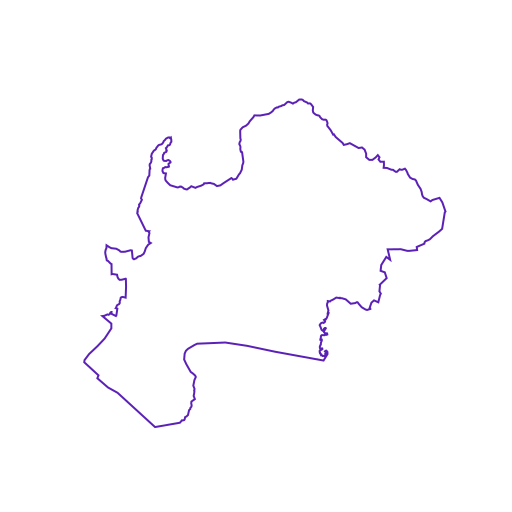 Epatlán, Puebla, Mexico (Albers equal-area conic projection), rotated 254°
{"feature_id": "50627088B13009313759140", "entity_name": "Epatlán", "entity_type": "district", "adm_level": 2, "iso_a3": "MEX", "parent_name": "Mexico", "parent_adm1": "Puebla", "projection": "albers", "projection_center": [-98.367, 18.615], "detail": "fine", "context": "isolated", "style": "outline", "palette": "violet", "viewbox_px": 512, "rotation_deg": 254, "n_neighbors": 0, "source": "geoboundaries", "source_scale": "gbopen_adm2", "svg_char_len": 6150}
<svg xmlns="http://www.w3.org/2000/svg" viewBox="0 0 512 512"><g transform="rotate(254 256 256)"><path d="M393.1,317.0L392.7,315.0L391.9,313.4L390.9,312.3L389.9,310.2L389.1,307.4L389.9,298.7L391.6,293.2L390.2,291.8L387.2,287.1L385.4,285.2L384.0,282.3L383.4,278.7L381.7,275.9L380.7,275.3L373.5,273.4L372.1,273.4L371.0,272.9L369.9,271.7L368.2,270.8L365.9,271.2L364.7,271.0L363.2,270.4L360.9,270.2L360.1,270.4L360.0,271.0L359.5,271.2L350.3,269.9L349.0,269.4L347.0,267.9L342.9,266.1L339.9,263.4L339.2,262.2L335.7,258.4L335.7,254.9L336.7,254.6L337.7,253.8L335.1,245.2L333.7,241.2L334.0,237.7L336.9,235.4L338.2,233.0L338.9,232.2L338.9,231.5L339.2,230.9L339.4,229.0L340.1,226.6L340.1,226.1L339.7,226.0L339.2,225.0L338.7,222.5L338.6,218.4L338.2,216.6L340.9,213.0L339.9,211.0L339.6,209.5L339.0,208.5L339.2,207.4L340.6,205.3L341.7,204.7L343.5,203.0L343.4,202.3L343.7,202.0L343.4,200.5L343.6,199.3L347.7,193.0L350.7,191.3L353.4,190.0L354.5,189.9L356.1,190.2L360.2,192.2L361.2,189.9L363.2,189.5L364.4,189.8L366.0,190.7L366.1,192.2L366.5,193.3L366.0,194.2L365.8,196.8L366.2,197.1L367.6,197.0L368.8,197.4L369.5,199.6L369.9,199.8L371.2,199.4L372.4,198.2L372.4,196.8L372.1,195.9L372.8,193.9L373.2,193.5L374.5,193.2L375.4,193.2L378.7,194.4L379.6,195.6L380.5,196.2L380.8,198.4L381.3,198.9L382.1,199.3L382.5,198.9L383.6,199.3L384.5,199.1L385.3,200.5L386.6,201.8L386.4,203.4L386.9,204.1L388.4,205.1L389.1,206.1L391.0,206.6L393.4,206.8L393.0,205.8L394.0,205.2L394.1,203.9L393.6,201.8L392.6,200.5L391.9,199.0L390.7,198.1L389.6,196.5L389.4,195.5L389.5,193.4L389.2,192.5L387.4,190.0L386.5,189.4L386.0,188.7L385.4,186.8L383.0,184.0L380.3,182.5L379.4,182.9L378.9,182.8L377.7,182.4L377.5,182.0L375.8,181.5L374.6,180.6L373.7,179.3L373.0,178.9L372.2,178.7L369.1,178.4L369.0,178.0L368.0,177.4L362.7,175.6L361.5,173.9L344.2,162.0L343.1,161.4L341.5,161.8L338.6,159.2L337.7,157.8L337.3,157.6L336.4,157.7L335.4,157.0L334.6,156.0L332.5,154.7L331.7,154.7L331.4,154.3L330.8,154.3L330.0,153.6L310.7,157.0L309.3,160.0L309.0,159.4L307.4,159.9L303.6,157.8L299.1,156.9L297.5,158.4L296.6,155.5L294.0,152.3L290.9,150.2L289.0,148.5L287.8,145.0L288.0,144.2L287.8,142.1L286.8,140.3L286.5,137.8L287.6,136.9L288.4,136.9L295.5,138.2L296.1,137.0L296.2,131.2L297.2,127.6L297.6,126.9L299.1,126.1L301.5,123.7L303.4,119.1L304.9,117.5L307.5,115.3L304.8,114.4L303.4,113.2L301.2,112.1L299.6,111.8L295.5,111.5L295.0,111.7L293.4,111.3L292.6,111.6L292.2,112.3L288.9,114.1L288.1,114.9L278.3,112.2L278.3,113.0L276.3,117.3L274.4,117.1L273.3,117.2L272.1,117.5L270.7,118.3L270.2,120.4L270.1,124.5L269.9,124.6L262.2,122.6L251.9,119.2L253.4,116.6L253.5,115.3L253.2,114.5L251.1,113.4L250.1,112.5L248.4,112.1L247.6,111.3L247.0,109.0L246.2,108.2L245.0,107.4L244.5,106.8L243.6,108.2L237.4,105.4L236.9,104.8L240.3,101.1L242.0,101.7L242.1,101.4L241.7,100.4L240.6,99.6L240.1,98.2L240.8,97.0L240.3,93.7L240.6,91.8L230.9,98.3L226.3,97.0L218.4,87.8L213.1,78.9L207.8,68.6L203.2,62.5L201.2,61.6L184.7,71.7L182.2,69.8L170.4,77.5L162.7,85.2L119.4,111.8L116.7,136.9L118.5,139.6L118.1,140.3L118.1,141.8L118.8,142.5L120.6,143.4L120.9,144.9L121.9,146.8L126.3,149.2L127.0,150.6L127.9,150.9L129.0,152.4L130.3,153.0L132.1,153.1L133.9,153.8L135.3,157.8L138.7,157.5L141.0,158.7L143.2,159.6L143.6,159.4L145.2,160.3L148.6,160.0L153.7,162.6L156.3,164.8L157.8,164.6L160.7,162.8L162.5,161.3L171.2,159.2L176.3,158.4L181.8,160.5L184.2,162.5L185.5,165.0L187.4,172.3L187.9,175.3L181.3,202.6L172.1,222.7L158.7,248.0L136.9,292.1L142.0,297.7L144.1,298.2L145.6,297.6L145.7,296.6L145.3,296.0L144.0,296.9L143.5,297.0L143.4,296.2L143.1,295.7L141.1,295.0L140.9,294.1L141.4,293.3L141.5,292.5L142.2,292.2L142.5,291.2L143.2,291.1L143.7,291.5L144.7,290.7L145.4,290.7L145.7,291.0L146.2,290.8L147.2,291.0L147.6,291.7L147.9,293.4L148.3,294.2L148.9,294.2L149.1,293.7L148.8,292.9L149.0,292.1L150.0,292.1L151.1,292.3L152.5,293.2L152.8,293.8L154.9,294.6L156.5,295.9L157.3,296.1L157.3,295.1L157.7,294.7L158.7,295.2L159.0,295.6L160.5,296.1L161.5,296.7L161.8,297.5L161.0,300.0L161.3,300.4L160.8,301.8L160.9,302.9L162.0,303.0L162.9,300.9L164.0,300.4L165.0,300.7L167.3,303.2L167.7,302.9L167.8,302.3L167.3,301.3L165.8,300.4L165.6,299.9L165.7,299.5L167.0,298.7L170.7,298.4L171.6,298.1L172.4,298.4L173.6,300.3L173.6,302.0L173.0,302.6L173.8,304.3L174.3,304.4L175.8,303.8L176.3,305.6L176.0,305.8L176.9,306.9L180.9,309.9L181.1,309.1L183.7,310.6L188.7,310.6L190.3,311.1L191.1,311.6L191.5,312.2L192.9,312.6L191.9,314.6L192.4,315.3L192.9,318.3L193.9,321.7L192.6,324.5L192.8,324.6L192.7,325.1L192.3,325.1L191.7,327.0L189.6,330.3L184.0,333.9L183.4,338.3L183.8,340.2L183.7,340.6L183.3,341.0L181.8,341.5L177.6,343.5L174.4,346.5L173.5,347.9L173.6,352.2L174.0,350.4L179.3,354.1L180.8,357.2L177.8,360.8L184.2,364.5L185.4,365.6L188.0,364.9L194.0,367.3L194.3,367.1L198.7,375.5L204.8,375.3L207.4,371.7L212.8,373.9L219.2,381.0L215.4,383.9L226.1,384.4L222.6,397.1L219.2,402.9L218.7,404.7L217.3,412.5L220.4,413.0L221.4,421.2L222.8,421.9L223.6,423.1L223.7,425.5L224.2,427.8L226.3,431.6L229.0,438.7L230.8,442.4L245.9,449.5L246.5,450.4L256.2,449.9L261.3,448.4L261.2,441.0L260.4,438.9L263.9,435.5L265.7,433.4L267.6,432.7L269.7,432.6L271.8,432.9L275.2,432.7L279.8,431.2L284.4,430.6L285.8,429.8L286.9,427.7L288.9,425.7L293.1,424.5L294.4,424.5L297.4,423.9L298.9,423.2L298.6,420.6L298.9,419.2L299.8,418.0L298.1,414.7L298.3,413.7L299.6,412.5L301.0,411.6L301.7,409.8L304.5,406.2L305.6,403.0L308.2,404.1L311.4,404.9L312.3,401.5L315.0,400.4L316.9,401.9L319.4,400.9L317.8,398.3L316.3,394.4L317.2,391.4L320.6,389.1L324.0,390.1L328.3,389.7L331.1,387.8L331.5,384.4L338.6,377.3L338.4,374.3L338.6,371.0L340.8,370.4L348.4,365.4L351.5,364.4L351.4,363.6L356.2,362.5L360.5,360.8L360.9,360.5L362.5,360.5L363.7,361.3L364.7,361.4L366.9,361.2L367.6,360.8L368.1,360.0L368.2,358.9L369.3,357.2L371.8,355.9L373.2,355.6L373.9,354.9L374.1,354.2L375.4,352.4L377.5,350.9L378.2,350.6L380.2,350.7L383.5,352.0L386.9,350.7L387.8,350.0L388.3,348.0L389.5,347.4L391.7,344.7L392.7,344.3L393.5,343.6L393.9,342.9L394.5,340.7L392.8,336.7L392.8,334.7L392.3,333.5L393.5,332.3L394.7,330.7L395.3,329.8L395.3,328.5L393.4,324.7L393.6,322.7L393.2,321.9L393.2,318.9L392.7,317.9L393.1,317.0Z" fill="none" stroke="#5b21b6" stroke-width="2"/></g></svg>